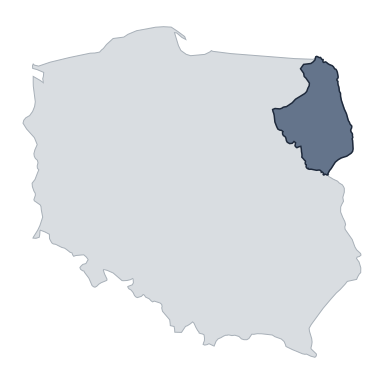 location of Podlachian within Poland
{"feature_id": "POL-3150", "entity_name": "Podlachian", "entity_type": "Voivodeship", "adm_level": 1, "iso_a3": "POL", "parent_name": "Poland", "parent_adm1": "", "projection": "albers", "projection_center": [22.977, 53.341], "detail": "fine", "context": "in_parent", "style": "filled", "palette": "slate", "viewbox_px": 384, "rotation_deg": 0, "n_neighbors": 0, "source": "natural_earth", "source_scale": "10m", "svg_char_len": 5960}
<svg xmlns="http://www.w3.org/2000/svg" viewBox="0 0 384 384"><path d="M342.9,217.7L344.8,221.5L345.6,224.5L344.8,226.9L345.1,229.3L352.2,239.5L354.9,246.9L356.6,249.8L360.6,253.5L361.0,255.1L359.4,256.5L357.1,257.1L356.5,258.5L359.0,261.9L360.8,267.8L360.7,272.7L359.4,273.9L357.7,276.8L356.6,279.4L347.3,281.4L345.1,284.2L340.0,289.7L336.5,292.8L331.4,298.5L323.2,308.2L311.2,324.6L309.1,328.3L309.5,331.4L311.7,338.7L312.1,342.0L311.7,345.0L311.0,347.7L311.1,348.9L316.3,353.9L316.5,354.9L316.0,356.3L314.9,357.3L310.9,356.2L306.5,354.1L304.9,354.3L302.5,353.8L292.6,349.7L286.0,346.5L285.4,344.5L284.1,341.5L281.3,339.0L274.9,336.7L272.3,335.0L261.7,333.8L257.2,333.7L253.9,334.3L251.8,334.2L248.9,338.5L246.9,339.7L244.0,339.7L241.5,338.9L239.0,336.5L234.9,335.2L231.9,335.6L229.7,335.1L227.9,334.9L227.2,335.3L225.7,335.2L223.4,336.2L220.9,337.7L218.2,338.8L216.1,341.2L214.1,346.1L209.0,343.7L207.2,344.6L204.7,345.1L203.1,344.4L203.6,342.7L204.4,340.8L204.5,338.1L204.1,335.0L202.6,334.0L200.2,333.5L199.0,332.9L198.9,331.9L197.7,330.6L195.8,327.2L194.0,323.2L192.6,321.9L190.5,323.7L187.4,325.7L185.5,326.4L181.5,332.4L174.8,332.2L174.6,329.3L174.1,326.5L170.3,325.6L170.2,323.9L169.7,319.8L162.5,311.3L161.7,307.9L162.1,306.6L161.7,304.4L160.1,303.0L154.2,301.1L152.6,301.9L151.2,300.9L149.2,298.8L145.5,297.0L145.1,296.2L143.8,294.7L143.1,294.5L142.5,295.3L141.3,296.4L137.3,297.6L135.8,296.9L134.5,295.5L133.1,292.5L130.9,289.9L129.0,288.9L128.0,287.5L127.8,286.5L132.3,284.8L133.4,282.8L133.1,279.0L132.5,278.5L130.7,279.6L127.0,280.5L123.7,280.7L122.0,280.6L113.2,273.0L107.3,270.4L103.7,269.5L103.3,270.1L104.6,274.1L107.0,279.1L106.8,280.4L101.2,282.7L98.8,284.2L96.7,286.3L95.0,287.2L93.6,286.8L92.1,285.6L88.9,278.2L84.5,272.3L84.0,271.1L82.5,270.7L80.5,269.2L79.9,267.5L81.2,265.9L82.8,264.4L85.5,263.7L86.4,262.9L87.0,261.5L88.1,259.8L87.9,259.2L86.3,257.0L83.7,254.8L75.9,255.5L73.7,256.3L72.7,254.9L72.0,252.9L70.1,252.3L67.6,250.3L64.7,248.2L61.7,247.4L55.6,244.3L53.2,243.9L51.8,242.9L50.6,240.8L49.5,238.6L49.4,234.3L44.9,231.9L40.4,230.2L40.0,230.8L39.7,235.0L39.2,237.3L36.0,238.3L33.0,238.1L33.2,237.4L37.7,230.2L39.9,225.6L42.7,217.1L41.3,209.9L41.0,206.6L40.2,204.9L34.3,200.8L33.9,199.6L35.4,195.2L35.2,193.2L33.9,191.0L32.4,186.7L32.1,183.2L35.0,179.5L37.6,172.7L38.8,169.9L37.4,168.2L37.2,165.9L38.0,162.8L37.4,160.3L35.4,158.5L34.3,156.3L33.9,153.7L34.9,149.8L37.2,144.6L34.4,137.7L26.6,129.0L23.0,123.2L23.8,120.2L25.9,117.7L29.6,115.6L32.6,111.5L34.6,106.5L35.3,101.8L33.3,86.2L33.2,82.3L33.2,76.4L40.3,80.5L43.3,82.7L43.1,80.6L42.7,78.8L43.4,76.3L43.7,72.4L37.1,69.6L32.7,68.4L32.5,65.7L33.2,64.0L34.3,65.1L38.6,66.1L50.1,62.2L69.5,57.5L90.1,53.2L94.8,53.0L99.6,52.1L101.6,49.9L103.4,48.5L106.5,44.5L113.1,38.5L123.8,37.1L128.0,34.3L136.6,30.7L155.6,27.2L163.5,26.7L171.2,27.1L177.7,31.4L184.7,36.6L185.8,39.5L182.0,37.5L176.6,32.9L174.5,32.6L178.5,45.8L180.9,50.5L186.2,54.3L190.6,55.7L204.8,54.4L209.9,51.9L211.4,50.6L212.7,51.3L230.9,53.6L294.7,58.6L313.1,59.3L314.2,58.9L316.1,56.7L318.3,57.0L321.0,58.4L322.3,59.4L322.8,60.5L323.2,61.9L324.7,62.1L327.4,63.1L331.0,65.4L333.9,67.6L336.7,70.8L337.6,74.4L337.7,78.5L337.5,81.1L341.7,101.2L348.2,119.5L350.7,128.4L351.7,133.1L352.5,140.0L352.8,144.8L352.8,147.5L352.4,151.2L350.5,153.4L338.2,159.9L335.8,161.9L332.2,166.8L328.8,171.9L328.0,173.6L327.8,174.7L328.6,176.4L333.1,179.1L337.6,181.2L339.1,182.9L342.4,184.9L343.6,186.8L344.3,188.4L344.3,192.2L342.8,197.4L343.5,201.3L342.0,204.0L340.7,206.9L340.6,212.0L342.9,217.7Z" fill="#d9dde1" stroke="#a8b0b8" stroke-width="1"/><path d="M316.5,56.4L317.2,56.5L319.2,57.6L319.5,57.6L320.3,57.4L320.6,57.5L320.9,57.9L321.1,58.3L321.3,58.8L321.5,59.1L321.8,59.4L323.0,59.5L323.2,59.8L323.0,60.3L322.9,61.0L322.9,61.6L323.4,62.4L324.2,62.4L325.0,62.0L325.6,61.9L326.2,62.2L328.2,63.9L329.5,64.6L332.1,65.6L332.8,66.2L333.4,66.7L333.7,67.2L334.3,68.3L334.6,68.8L335.0,69.0L335.7,69.2L336.0,69.4L336.5,70.2L337.0,71.3L337.4,72.5L337.6,73.7L338.1,76.3L338.1,77.6L337.6,78.5L337.2,78.8L337.1,79.0L336.9,79.3L336.9,79.9L337.0,80.4L337.3,80.8L337.7,81.1L337.9,81.3L338.0,81.6L337.9,81.9L337.8,82.2L337.9,83.9L338.2,85.2L338.7,86.5L339.0,87.9L339.3,90.9L339.7,92.0L340.5,93.2L340.6,96.6L341.4,100.5L344.3,109.2L345.9,112.5L346.6,114.2L348.0,119.5L348.6,121.1L349.2,121.9L349.6,122.7L349.8,123.5L350.3,124.4L350.9,125.0L351.4,125.5L351.8,126.1L351.7,127.5L351.5,128.3L351.1,129.0L350.7,129.8L350.7,130.8L351.0,131.8L352.0,133.1L352.4,133.9L352.5,134.3L352.4,135.0L352.4,135.4L352.7,136.9L352.8,137.4L352.7,137.7L352.3,138.5L352.2,138.9L352.3,139.5L352.4,139.9L352.5,140.1L352.6,140.6L353.0,147.3L353.1,149.0L352.6,151.4L351.3,153.1L346.8,156.2L341.2,157.9L338.2,159.7L335.2,162.2L331.1,168.7L329.7,170.3L329.1,171.3L327.5,174.6L327.9,174.8L327.6,175.0L327.0,175.0L325.9,174.4L325.3,174.2L324.8,174.4L324.3,174.8L323.7,175.0L323.2,174.6L323.3,174.4L323.4,173.8L323.6,173.5L322.7,172.3L322.0,171.9L321.3,172.3L321.0,171.0L320.2,170.3L319.2,170.0L316.5,170.3L311.2,169.2L309.4,169.3L308.6,169.1L308.2,168.4L307.6,168.7L306.9,168.1L306.3,167.3L306.1,166.7L306.3,164.9L306.2,164.6L305.8,164.5L305.5,164.3L305.3,163.8L305.2,163.1L305.2,162.6L305.4,162.1L305.5,161.7L305.4,161.1L305.2,160.8L304.4,160.1L303.7,159.2L301.8,157.1L302.0,155.9L301.9,153.8L301.5,151.8L301.3,148.9L300.8,146.3L298.8,146.8L296.9,147.7L295.9,147.0L295.0,145.8L295.6,142.7L294.0,141.5L292.3,143.3L289.7,143.6L287.3,142.3L286.4,140.7L286.0,138.6L285.5,137.2L284.7,136.4L283.4,135.6L282.6,134.1L282.5,132.6L283.0,131.6L281.5,130.4L279.7,130.1L277.9,129.1L276.7,126.7L274.9,122.0L274.2,115.5L273.7,113.3L273.0,111.5L272.6,109.5L275.0,108.5L279.8,108.9L281.9,108.2L282.9,107.4L284.0,107.0L286.5,106.6L292.2,102.8L295.5,99.2L304.8,93.5L306.7,91.5L307.9,88.2L309.2,85.7L309.4,83.1L305.9,78.1L304.2,76.5L303.9,74.9L303.7,73.3L300.5,68.8L303.6,64.4L310.9,63.5L313.0,62.0L314.9,60.0L315.7,57.3L315.7,56.9L316.5,56.4Z" fill="#64748b" stroke="#1e293b" stroke-width="1.5"/></svg>